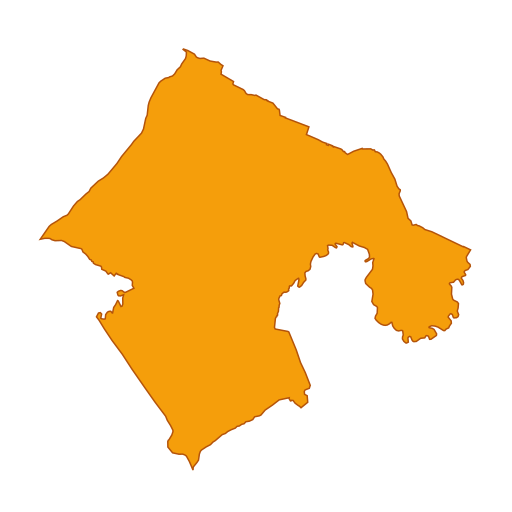 the district of Tocancipá, Cundinamarca, Colombia, rotated 177°
{"feature_id": "7082276B10728251723000", "entity_name": "Tocancipá", "entity_type": "district", "adm_level": 2, "iso_a3": "COL", "parent_name": "Colombia", "parent_adm1": "Cundinamarca", "projection": "albers", "projection_center": [-73.95, 4.971], "detail": "fine", "context": "isolated", "style": "filled", "palette": "amber", "viewbox_px": 512, "rotation_deg": 177, "n_neighbors": 0, "source": "geoboundaries", "source_scale": "gbopen_adm2", "svg_char_len": 6045}
<svg xmlns="http://www.w3.org/2000/svg" viewBox="0 0 512 512"><g transform="rotate(177 256 256)"><path d="M330.1,45.5L329.8,48.1L329.3,49.0L325.7,53.0L324.1,55.2L322.9,61.2L321.8,63.8L320.6,65.1L315.9,67.9L311.3,70.0L308.8,72.4L306.3,73.8L299.1,79.4L295.8,80.4L293.4,82.2L289.9,83.8L285.7,85.2L283.8,86.9L281.6,87.1L279.0,88.7L276.7,89.1L274.8,91.0L271.3,91.4L267.8,92.8L265.8,95.5L261.1,96.2L259.4,96.9L254.9,101.7L247.3,106.3L240.4,111.1L230.4,112.7L230.6,112.2L229.2,109.5L228.7,109.4L228.2,110.0L226.5,109.8L224.7,107.0L221.2,104.1L220.7,104.0L219.0,102.1L212.0,107.2L212.2,113.8L214.7,115.3L214.9,118.0L214.3,119.3L213.7,119.8L209.7,121.1L208.6,124.0L212.9,137.0L217.1,147.2L220.7,160.0L227.2,178.4L228.1,179.0L240.7,182.1L241.3,183.7L239.9,192.5L239.3,193.8L238.4,194.4L238.3,195.3L237.5,195.9L237.6,197.3L236.5,199.6L236.1,203.2L235.7,203.5L235.4,205.7L234.7,207.4L235.6,211.2L235.5,212.2L234.1,214.9L232.7,215.2L232.0,217.0L229.8,218.5L229.0,218.2L227.2,218.4L225.5,219.4L225.1,219.7L225.2,221.4L224.5,222.2L224.2,224.1L223.6,224.5L222.6,224.2L222.0,224.4L219.8,226.8L218.2,229.5L215.0,231.5L214.6,231.5L214.4,230.7L214.4,229.8L215.9,223.8L215.1,222.9L214.2,222.6L212.0,224.1L209.9,227.1L207.5,229.4L207.4,230.7L208.0,233.6L208.1,236.6L206.8,238.0L204.7,238.5L202.8,239.9L201.9,242.6L202.1,245.0L201.5,247.5L199.1,252.0L196.8,254.9L195.4,255.4L193.9,254.8L192.9,251.9L192.3,251.4L188.4,252.0L186.2,252.7L184.2,253.9L183.4,255.1L183.4,256.3L184.1,258.3L183.7,259.6L184.0,262.7L182.9,263.1L179.4,262.7L176.2,260.2L175.2,259.9L174.6,261.0L176.3,263.6L176.2,264.3L175.5,264.6L169.3,262.6L168.5,262.9L167.8,264.7L167.0,264.8L162.7,262.5L160.6,260.5L159.4,260.0L158.9,260.0L158.7,260.6L159.5,263.8L159.0,264.6L152.3,260.6L147.3,258.8L144.2,256.8L142.7,251.8L142.7,248.8L143.9,247.5L146.9,246.0L147.4,245.4L147.2,244.7L146.7,244.4L145.5,244.7L141.1,247.1L138.6,247.4L138.3,247.1L139.8,243.3L139.7,240.0L140.4,236.6L146.9,228.9L148.2,226.8L148.4,225.6L147.9,222.8L144.3,219.0L142.4,217.6L141.4,216.0L141.1,211.8L142.7,204.5L141.1,201.3L138.1,199.3L137.4,198.2L138.0,192.5L139.8,189.7L140.4,187.5L139.3,185.6L137.0,183.1L134.6,181.3L132.3,180.3L130.5,180.0L128.6,180.2L126.3,181.3L124.6,182.7L123.8,182.6L123.1,179.0L121.7,176.5L119.7,174.4L117.5,173.7L115.2,174.1L114.0,174.0L113.4,173.5L113.1,169.4L113.9,167.5L114.1,165.5L112.8,163.0L110.9,161.3L110.2,161.2L108.4,162.0L108.6,166.2L108.1,167.0L106.8,167.7L105.7,167.2L104.7,164.1L103.9,162.8L102.9,162.2L100.4,162.3L95.9,165.2L91.8,165.4L90.5,167.3L89.9,167.6L88.6,167.3L87.8,166.3L87.0,163.7L85.6,163.7L80.0,167.2L79.7,168.8L82.0,173.3L83.7,174.5L86.8,175.3L87.0,175.8L86.7,176.3L84.1,177.2L80.8,176.6L78.0,175.5L72.6,171.7L71.4,171.6L69.9,173.1L67.4,174.1L66.3,176.2L64.4,178.6L64.5,181.0L67.3,184.9L67.1,185.8L65.1,188.0L64.4,188.2L63.0,187.3L62.2,184.5L61.6,183.8L59.0,183.9L57.4,184.9L56.7,186.8L57.9,190.5L56.9,193.5L56.3,197.9L57.3,199.5L61.0,201.6L61.8,202.6L62.8,207.7L62.1,214.5L62.6,215.8L64.2,217.7L64.3,218.5L63.7,219.1L60.1,219.5L57.9,221.8L56.2,222.3L54.9,222.0L53.9,220.5L52.0,216.5L51.2,216.4L50.4,217.0L50.1,218.6L50.6,220.7L52.2,223.2L51.3,224.6L47.8,225.6L47.6,226.4L48.9,228.8L48.8,229.7L47.8,230.6L45.1,231.4L42.5,234.4L42.7,236.4L44.9,238.6L45.6,239.9L46.1,243.4L45.8,244.4L41.4,250.9L48.2,254.6L48.5,254.3L79.1,271.0L86.0,273.6L88.0,275.5L91.6,277.6L93.0,277.9L94.4,279.1L97.4,278.5L98.5,278.9L99.5,282.9L102.2,285.7L103.3,292.4L109.8,308.4L109.9,310.6L108.5,313.6L108.5,314.6L109.9,315.7L111.5,318.4L113.3,325.5L116.6,332.3L119.9,340.9L121.6,344.0L123.3,346.2L124.1,348.4L126.1,351.1L127.5,352.4L129.5,353.6L131.4,353.9L132.2,355.7L134.0,355.8L135.8,357.0L143.6,357.3L144.3,357.4L144.4,357.9L153.0,355.5L159.2,352.6L161.5,354.4L162.1,355.7L163.2,355.7L164.7,357.8L165.8,358.5L172.5,361.2L172.8,360.8L173.2,361.0L173.0,361.4L174.5,362.1L174.3,362.3L177.6,363.8L178.1,362.7L179.8,363.5L179.3,364.6L183.6,366.3L187.6,368.8L199.3,374.6L196.4,382.2L219.5,392.4L219.3,392.9L224.6,395.1L225.0,400.4L225.4,401.4L226.8,401.8L231.1,407.8L236.0,410.0L236.6,410.4L236.3,410.6L237.6,411.5L239.6,411.7L247.6,416.7L248.8,416.4L252.3,417.4L255.8,417.6L257.4,418.8L258.9,421.7L260.0,422.8L269.5,428.1L270.1,429.1L269.3,431.4L281.4,439.4L280.9,441.7L281.2,443.2L279.0,447.7L281.2,449.3L283.6,451.7L285.5,451.7L291.6,453.1L297.7,456.3L301.6,456.2L303.2,456.7L305.1,457.7L306.9,460.8L313.4,464.8L317.6,466.5L318.0,466.1L314.8,463.3L315.2,459.4L316.1,456.8L320.2,451.6L321.6,448.9L324.9,446.2L327.7,442.1L330.0,440.1L332.9,439.4L333.8,438.8L337.4,438.3L341.8,435.7L343.7,434.1L352.7,419.4L354.7,415.2L355.7,412.0L357.3,402.3L358.9,399.2L361.7,388.7L363.9,384.7L372.0,377.0L374.7,373.6L385.0,362.4L390.0,355.7L399.5,345.5L404.3,341.9L409.6,339.0L417.4,332.4L419.3,329.1L422.6,326.8L428.8,321.4L431.5,319.8L435.6,315.5L441.2,307.8L442.6,306.6L446.4,305.3L452.9,301.3L458.8,298.2L461.0,296.4L470.6,284.0L466.1,284.7L462.1,284.5L460.7,284.2L459.0,282.9L455.9,281.8L449.4,281.7L446.7,280.5L439.9,275.2L430.3,272.5L429.5,271.8L428.6,269.1L426.0,266.9L424.0,264.4L422.3,261.4L420.7,260.6L420.2,259.2L418.9,258.7L418.7,257.3L416.6,255.8L411.5,254.0L410.9,253.1L410.7,250.8L406.8,248.8L404.8,245.8L404.3,245.6L402.1,246.9L398.7,243.5L396.5,246.1L395.0,245.1L395.2,244.9L389.0,242.3L388.1,241.5L384.5,240.5L381.9,238.7L380.9,237.6L380.7,236.3L381.1,233.1L379.6,230.2L388.3,226.5L389.7,226.8L391.4,228.3L392.8,228.7L395.2,228.0L396.5,227.0L396.0,224.4L395.4,223.5L393.4,223.2L390.2,224.3L391.3,220.9L391.5,215.0L392.4,212.9L393.5,212.6L395.9,218.3L396.6,218.7L398.8,214.7L400.8,212.1L402.2,206.6L402.7,206.7L403.9,208.4L404.7,208.5L406.4,208.2L407.5,207.5L409.2,205.3L409.8,201.2L410.9,200.9L413.1,201.3L414.3,202.0L413.2,206.1L414.4,207.6L416.3,207.3L418.5,203.6L416.1,200.1L411.1,190.9L404.1,179.1L394.6,164.8L385.9,149.7L374.0,130.5L364.5,115.4L354.6,100.7L353.2,96.6L350.2,91.2L348.1,86.4L348.1,85.0L349.4,81.7L352.5,77.1L353.3,76.5L353.8,75.3L354.0,69.8L349.6,63.8L343.3,62.1L339.7,62.0L337.7,61.2L336.0,59.9L333.3,54.3L330.1,45.5Z" fill="#f59e0b" stroke="#b45309" stroke-width="1.5"/></g></svg>